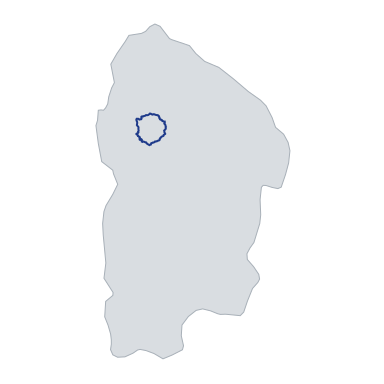 location of Tseza, Daga, Bhutan, rotated 91°
{"feature_id": "84629894B57914849969567", "entity_name": "Tseza", "entity_type": "district", "adm_level": 2, "iso_a3": "BTN", "parent_name": "Bhutan", "parent_adm1": "Daga", "projection": "natural_earth1", "projection_center": [89.809, 27.158], "detail": "fine", "context": "in_parent", "style": "outline", "palette": "blue", "viewbox_px": 384, "rotation_deg": 91, "n_neighbors": 0, "source": "geoboundaries", "source_scale": "gbopen_adm2", "svg_char_len": 5698}
<svg xmlns="http://www.w3.org/2000/svg" viewBox="0 0 384 384"><g transform="rotate(91 192 192)"><path d="M313.9,161.4L313.3,164.1L310.5,171.4L308.7,179.3L310.3,185.8L316.6,193.5L325.2,199.7L336.0,200.2L345.9,197.8L349.9,198.8L355.4,209.1L359.3,218.1L354.1,227.3L351.3,235.4L350.3,241.1L350.9,243.6L354.2,248.2L358.0,256.2L358.5,263.5L356.2,268.3L351.0,270.7L345.6,270.0L341.1,270.1L335.4,270.9L326.6,273.6L318.3,277.1L302.9,276.4L296.7,269.3L293.8,269.2L279.8,278.5L264.5,276.9L236.6,280.0L225.0,280.8L213.1,279.7L207.0,277.7L195.8,271.2L185.6,266.4L175.2,270.8L171.6,271.6L163.2,282.8L145.2,286.5L127.3,289.2L122.0,287.7L111.9,287.1L111.5,284.4L111.8,281.9L109.5,279.9L105.4,277.8L98.3,276.9L89.2,274.1L84.0,271.5L65.6,275.4L54.9,269.5L42.7,261.4L36.5,257.8L34.3,245.3L32.2,241.2L27.4,237.0L24.7,232.0L26.9,226.8L39.0,217.2L40.0,215.0L45.7,197.1L53.5,190.6L61.2,181.6L67.0,167.3L78.2,152.5L90.6,137.4L99.0,125.1L104.6,119.4L116.2,113.2L125.9,109.6L132.6,101.4L140.7,96.8L149.0,94.8L161.3,95.9L172.9,98.8L185.6,102.9L187.1,106.2L186.0,112.1L184.2,118.0L184.1,121.0L186.1,122.7L198.5,123.8L213.7,122.9L222.3,123.7L241.4,129.2L246.9,133.0L252.8,136.0L258.5,135.5L265.6,129.1L273.2,123.8L277.9,122.9L281.3,124.6L287.4,129.8L299.9,134.6L311.2,138.2L314.8,141.6L313.6,156.4L313.9,161.4Z" fill="#d9dde1" stroke="#a8b0b8" stroke-width="1"/><path d="M117.3,243.3L117.4,243.6L117.6,243.9L117.9,244.0L118.2,243.9L118.3,243.9L118.5,243.9L119.1,243.7L119.3,243.7L119.6,243.8L119.8,243.9L120.1,244.0L120.2,244.5L120.2,245.0L120.3,245.2L120.5,245.5L120.5,246.0L120.2,246.3L119.9,246.7L119.8,246.8L119.8,247.1L119.7,247.3L119.8,248.1L119.7,248.4L119.7,248.5L120.1,248.8L120.4,248.9L120.7,248.9L121.0,248.9L121.4,248.6L122.1,248.5L122.3,248.4L122.6,248.2L122.9,248.1L123.0,248.1L123.4,248.0L123.6,248.0L123.8,248.0L124.2,248.0L124.4,248.0L125.1,248.2L125.4,248.2L125.6,248.2L126.0,248.3L126.3,248.1L126.5,248.0L126.7,247.8L127.0,247.6L127.2,247.4L127.5,247.1L127.7,246.9L127.8,246.8L128.2,246.7L128.6,246.6L128.8,246.6L129.1,246.6L129.3,246.7L129.5,246.7L129.9,246.7L130.0,246.7L130.3,246.6L130.8,246.6L131.0,246.6L131.5,246.5L131.7,246.4L132.4,246.7L132.6,246.9L132.7,247.0L133.0,246.9L133.4,246.8L133.5,246.7L133.8,246.9L133.9,247.0L134.0,247.3L134.3,247.6L134.4,247.8L134.4,248.0L134.6,248.3L134.8,248.6L135.1,248.6L135.2,248.4L135.4,248.3L135.5,248.2L135.7,247.9L135.9,247.6L136.0,247.5L136.1,247.4L136.1,247.2L136.4,247.0L136.5,247.0L136.9,247.0L136.9,246.9L137.0,246.8L137.2,246.6L137.3,246.3L137.5,246.2L137.6,245.9L137.8,245.8L137.8,245.7L137.8,245.4L138.2,245.2L138.3,245.3L138.5,245.2L138.5,245.3L138.8,245.3L139.0,245.3L139.3,245.4L139.5,245.4L139.7,245.2L139.9,245.2L140.0,245.2L140.2,245.3L140.3,245.3L140.5,245.3L140.6,245.2L140.4,244.9L140.5,244.8L140.5,244.7L140.7,244.4L140.4,244.3L140.2,244.2L140.0,243.9L140.0,243.7L140.3,243.5L140.4,243.4L140.4,243.2L140.5,243.1L140.8,243.0L141.0,243.0L141.3,243.0L141.6,243.0L142.0,243.1L142.4,243.1L142.5,242.8L142.7,242.6L142.8,242.5L142.8,242.4L142.7,242.2L142.5,241.8L142.4,241.6L142.4,241.2L142.6,240.8L142.7,240.6L142.8,240.4L143.0,239.9L143.1,239.6L143.1,239.4L143.1,239.1L143.2,238.8L143.4,238.8L143.7,238.6L143.8,238.5L144.0,238.2L144.2,237.9L144.4,237.9L144.5,237.8L144.7,237.5L144.8,237.3L144.9,237.2L145.0,237.0L145.2,236.6L145.3,236.3L145.5,236.0L145.6,235.9L145.6,235.7L145.8,235.4L145.6,235.2L145.5,234.9L145.5,234.7L145.4,234.4L145.4,234.1L145.2,234.0L145.0,233.9L144.8,233.9L144.7,233.9L144.6,233.7L144.4,233.6L144.1,233.4L143.8,233.4L143.7,232.8L143.6,232.6L143.5,232.4L143.3,232.2L143.4,231.8L143.3,231.6L143.2,231.4L143.1,231.2L142.9,230.5L142.7,230.4L142.4,230.0L142.1,229.8L142.2,229.3L142.1,229.1L142.0,228.7L141.9,228.4L142.0,228.2L141.9,227.9L141.7,227.7L141.5,227.4L141.3,227.0L141.3,226.8L141.2,226.6L141.1,226.4L141.1,226.2L141.0,225.9L140.9,225.7L140.7,225.4L140.1,225.3L140.0,225.2L139.7,225.3L139.4,225.1L139.2,224.9L138.9,224.7L138.5,224.6L138.5,224.4L138.3,224.3L138.1,224.1L137.9,224.0L137.7,223.9L137.5,223.6L137.4,223.5L137.2,223.3L137.1,223.2L137.0,222.9L136.6,221.9L136.4,221.6L136.2,221.4L135.7,221.3L135.4,221.3L135.3,221.1L135.1,220.9L134.9,220.6L134.8,220.4L134.5,219.9L134.4,219.8L134.2,219.8L134.0,220.0L133.5,220.2L133.1,220.4L132.6,220.7L132.1,220.7L131.8,220.7L131.5,220.8L131.0,220.9L130.7,220.5L130.3,220.2L129.4,219.4L129.1,219.3L128.3,219.5L127.7,219.4L127.4,219.2L127.0,219.5L126.5,219.6L125.9,219.6L125.5,219.8L125.4,219.8L125.2,220.0L124.9,220.1L124.8,220.3L124.5,220.5L124.4,220.7L124.1,220.9L123.8,220.8L123.5,220.6L123.3,220.5L123.1,220.7L122.8,220.7L122.5,220.5L122.3,220.5L122.1,220.5L122.1,220.9L122.1,221.1L122.1,221.3L121.9,221.5L121.7,221.9L121.7,222.0L121.7,222.3L121.6,222.5L121.6,222.8L121.4,222.9L121.3,223.0L121.2,223.1L120.8,223.2L120.7,223.3L120.5,223.5L120.4,223.8L120.3,224.0L120.1,224.3L120.0,224.5L120.2,224.8L120.1,225.0L119.7,225.4L119.1,225.6L118.7,225.6L118.6,225.8L118.5,226.0L118.4,226.1L117.8,226.0L117.7,226.0L117.3,226.2L117.2,226.2L116.9,226.3L116.7,226.4L116.7,226.8L116.3,227.1L116.0,227.2L115.9,227.3L115.8,227.5L115.7,228.2L115.7,228.4L115.7,228.8L115.7,229.0L115.4,229.9L115.4,230.0L115.2,230.6L115.0,230.8L115.0,231.1L115.0,231.3L115.0,231.5L114.9,231.7L114.9,231.9L114.9,232.0L115.0,232.5L115.3,232.7L115.3,232.8L115.3,233.1L115.2,233.3L115.0,233.7L114.8,234.0L114.7,234.2L114.6,234.3L114.4,234.6L114.3,235.3L114.6,235.4L115.2,236.5L115.5,236.7L115.6,236.8L115.7,237.0L115.9,237.5L116.0,238.2L116.0,238.6L115.9,238.9L115.9,239.1L116.0,239.2L116.0,239.5L116.3,239.8L116.5,240.0L116.6,240.3L116.7,240.7L116.9,241.4L116.9,241.5L117.2,241.8L117.3,242.1L117.4,242.3L117.4,242.5L117.3,242.9L117.2,243.1L117.3,243.3Z" fill="none" stroke="#1e3a8a" stroke-width="2"/></g></svg>